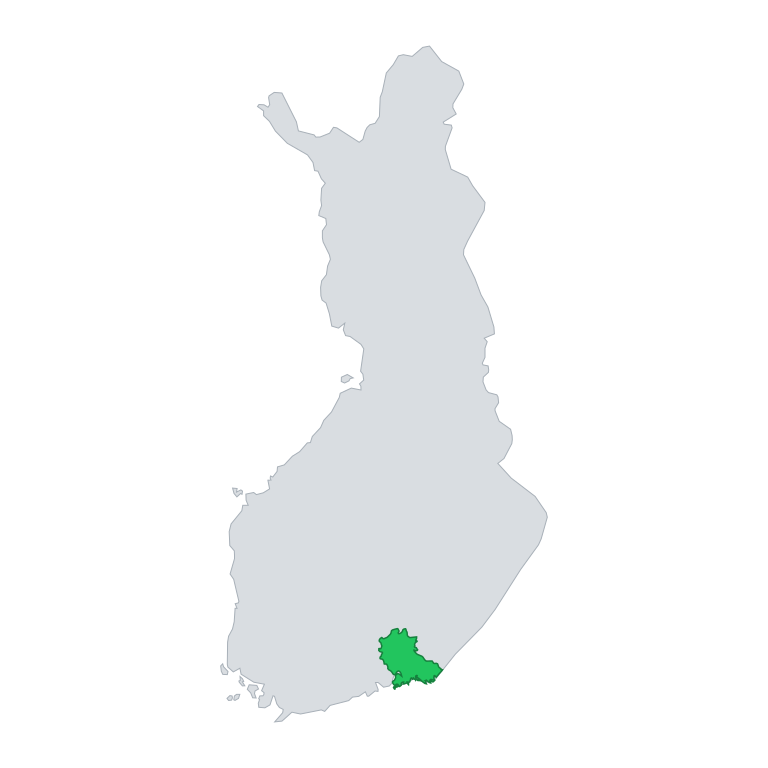 where Kymenlaakso sits in Finland
{"feature_id": "FIN-3187", "entity_name": "Kymenlaakso", "entity_type": "Province", "adm_level": 1, "iso_a3": "FIN", "parent_name": "Finland", "parent_adm1": "", "projection": "orthographic", "projection_center": [26.947, 60.833], "detail": "fine", "context": "in_parent", "style": "filled", "palette": "green", "viewbox_px": 768, "rotation_deg": 0, "n_neighbors": 0, "source": "natural_earth", "source_scale": "10m", "svg_char_len": 7433}
<svg xmlns="http://www.w3.org/2000/svg" viewBox="0 0 768 768"><path d="M331.8,326.1L329.4,313.8L326.1,303.1L322.1,300.1L320.9,295.9L320.6,287.4L321.7,280.8L326.4,274.7L327.6,266.1L330.4,259.3L329.4,254.8L323.1,241.9L322.4,237.8L322.4,230.8L326.5,224.7L325.8,218.5L318.8,215.6L319.3,211.8L321.6,205.6L320.9,200.1L321.6,188.3L325.3,183.2L321.4,178.8L318.0,171.2L314.6,170.6L313.0,162.5L307.5,154.9L287.3,143.3L275.4,131.1L269.5,121.4L263.6,115.7L263.6,110.9L257.5,106.5L259.0,104.5L264.0,104.8L268.0,107.2L269.7,104.7L268.6,97.6L269.1,95.8L274.2,92.4L281.9,93.0L296.4,121.8L298.4,130.9L314.1,134.9L315.8,137.1L320.1,137.0L329.6,133.2L333.5,127.3L336.9,127.9L359.2,142.3L362.9,139.4L365.2,131.1L367.1,127.5L369.8,124.8L375.1,123.3L379.4,116.6L380.2,97.3L382.3,91.8L386.3,73.0L393.3,64.6L398.4,55.9L403.3,54.7L412.2,56.4L422.7,47.4L429.5,46.1L441.7,61.6L458.8,71.1L463.8,84.0L461.8,89.3L453.0,103.9L452.8,107.7L456.2,114.0L443.2,122.1L444.2,124.2L451.3,125.1L452.1,127.9L445.4,146.3L445.3,149.6L451.1,169.2L467.7,177.1L472.6,185.7L485.0,202.4L484.2,210.5L467.6,241.1L463.8,249.5L463.5,254.8L474.8,278.2L481.1,295.0L487.9,307.0L493.9,327.0L494.4,333.9L484.2,338.2L487.2,341.7L485.0,348.2L485.0,357.3L482.3,363.2L483.0,364.9L488.1,365.9L488.7,369.9L488.4,372.4L483.3,377.1L483.0,381.9L486.1,389.9L488.5,392.6L496.8,394.8L498.0,396.9L498.6,402.7L495.0,408.7L495.1,410.9L499.2,421.3L510.6,429.3L512.1,435.6L512.3,439.8L511.8,443.6L504.0,458.5L497.8,463.4L511.2,478.1L535.1,496.4L546.2,512.6L547.3,517.2L541.2,538.8L538.5,544.8L520.7,569.4L495.1,609.5L481.8,627.2L455.4,654.1L435.9,678.5L425.0,683.3L416.5,678.1L412.2,679.4L408.2,683.0L394.5,686.8L394.0,682.9L396.9,672.5L395.7,672.7L393.2,677.6L391.9,683.2L389.3,686.0L383.6,687.2L378.1,682.5L375.5,682.5L378.1,689.4L378.0,691.4L375.0,691.0L368.7,696.2L367.3,696.2L365.4,691.8L358.7,696.4L352.5,697.1L348.7,700.6L330.1,705.4L324.7,711.4L321.3,709.9L300.5,714.0L291.9,712.2L282.0,721.1L274.7,721.9L282.7,712.7L283.2,709.4L279.4,707.5L276.8,703.9L274.5,696.3L273.0,695.8L270.0,704.9L264.9,707.8L258.8,707.3L258.3,703.2L259.6,699.5L258.7,698.8L259.8,695.9L263.0,695.8L263.9,694.4L264.0,692.6L261.6,690.7L264.4,684.2L253.8,682.2L241.1,674.2L239.9,668.2L233.3,671.9L227.9,667.1L227.3,664.3L227.6,642.2L228.6,636.2L232.5,629.0L234.2,621.8L235.1,608.3L237.0,608.4L235.2,603.7L238.3,602.9L238.9,601.4L233.7,579.3L230.1,574.0L234.5,558.7L234.5,555.2L234.3,550.8L229.8,545.6L229.2,531.6L231.1,523.9L241.8,510.8L242.8,505.3L248.2,505.3L246.1,500.2L245.9,494.1L253.7,492.5L256.4,494.6L263.3,492.8L269.6,488.9L267.9,480.2L271.0,480.1L270.2,478.1L270.5,476.0L272.8,477.0L277.1,471.4L277.5,466.9L284.3,464.9L292.4,456.2L299.6,451.7L307.3,442.9L310.4,442.6L312.3,436.5L320.6,427.6L323.8,420.3L331.5,412.0L339.3,397.4L340.2,393.3L351.3,388.1L361.0,390.0L360.9,386.2L359.5,383.9L363.7,380.1L362.9,374.2L360.6,371.2L363.8,348.9L361.0,344.4L350.1,336.5L345.6,335.6L343.3,329.8L344.8,323.1L338.5,328.1L331.8,326.1ZM249.2,684.8L256.8,685.4L258.5,689.0L255.0,691.0L254.5,693.7L256.1,698.0L252.7,697.8L250.7,692.9L247.3,689.3L249.2,684.8ZM348.9,380.9L344.6,383.0L341.3,381.5L341.4,377.2L347.3,374.5L353.2,377.9L350.2,378.6L348.9,380.9ZM237.1,488.5L236.5,492.1L240.9,489.9L242.5,491.1L242.0,494.3L240.6,493.5L236.9,496.9L234.0,493.4L232.6,488.1L237.1,488.5ZM228.0,671.5L227.3,674.6L222.8,674.4L221.3,671.2L220.7,665.9L222.7,663.8L223.5,666.7L228.0,671.5ZM244.8,685.8L242.4,685.9L239.3,682.3L238.9,681.0L240.3,680.4L240.0,676.5L242.5,678.8L243.7,681.4L242.3,681.8L244.8,685.8ZM238.5,698.4L235.0,700.4L233.8,699.8L234.4,696.0L236.5,694.4L239.8,694.4L238.5,698.4ZM231.6,700.1L228.6,700.5L227.0,698.4L229.9,695.6L232.1,696.0L232.4,697.9L231.6,700.1Z" fill="#d9dde1" stroke="#a8b0b8" stroke-width="1"/><path d="M442.5,669.8L441.8,670.8L439.0,673.9L436.2,677.3L435.7,676.7L435.2,676.0L434.7,675.6L434.0,676.0L434.3,676.7L434.4,676.9L433.9,677.2L433.8,678.0L434.1,678.9L434.5,679.6L434.0,680.0L433.8,680.1L434.3,680.5L434.5,680.5L433.4,681.7L432.9,681.9L430.7,681.5L431.0,680.7L432.0,680.2L432.5,679.7L431.1,679.4L430.5,679.5L430.0,680.1L429.7,681.0L429.8,681.5L430.1,682.0L430.5,682.9L429.2,682.5L426.4,680.1L425.3,680.6L425.6,680.7L425.7,680.9L426.0,681.5L425.8,681.7L425.5,682.2L425.3,682.5L425.7,682.7L426.0,683.0L426.2,683.3L426.4,683.8L424.8,683.4L421.9,681.2L420.4,680.6L417.9,680.5L417.4,680.2L417.3,679.3L418.2,679.1L419.9,679.3L419.1,678.6L416.7,677.1L417.2,675.7L416.8,675.4L416.0,675.7L415.6,676.6L415.8,677.6L416.2,678.6L416.3,679.5L415.6,680.2L415.5,679.4L415.3,679.1L414.7,679.3L414.3,679.1L413.8,678.2L413.5,677.9L413.2,678.1L412.9,679.1L412.7,679.3L412.4,679.1L411.8,678.2L411.5,677.9L411.2,678.0L410.9,678.3L410.6,678.7L410.5,679.1L410.7,679.7L410.4,680.1L410.1,680.4L409.7,681.9L409.0,682.2L407.5,682.0L408.3,683.1L408.6,683.8L408.5,684.6L408.3,684.4L407.3,683.3L407.0,682.8L404.0,683.9L403.0,683.9L403.2,683.5L403.4,683.0L403.7,682.0L403.1,682.0L402.4,682.2L401.8,682.6L401.3,683.2L401.2,683.7L401.2,684.8L401.2,685.3L400.9,685.5L400.2,686.0L399.9,686.4L399.5,686.5L398.9,685.8L398.3,684.9L397.8,684.3L397.2,684.2L396.4,684.2L395.9,684.5L395.8,685.2L395.1,685.5L394.2,685.0L393.4,684.1L392.8,683.1L392.5,681.9L393.1,681.1L393.9,680.6L394.6,680.0L395.5,678.1L395.6,677.7L395.5,676.2L395.6,675.6L396.0,674.9L397.5,673.7L398.9,673.9L401.7,676.1L401.0,673.5L399.9,671.7L398.6,670.9L397.2,671.5L396.4,672.5L395.1,674.9L394.8,674.7L393.4,674.4L392.6,673.3L391.8,672.0L390.7,670.9L388.5,669.6L387.8,668.4L387.9,667.5L387.8,666.5L387.6,666.1L387.0,664.7L386.6,664.2L386.0,664.0L384.9,664.1L384.2,663.9L384.0,662.3L383.6,660.9L383.1,659.9L382.3,659.2L380.3,658.8L380.0,658.3L380.1,657.4L380.4,656.7L380.9,656.4L381.1,656.4L381.3,655.8L381.3,655.2L381.7,654.3L382.2,653.4L382.5,652.9L382.1,652.2L379.9,651.6L378.8,650.5L378.9,648.6L379.2,648.5L380.5,648.8L381.0,648.5L381.2,648.0L381.9,645.9L381.7,645.4L381.5,645.1L381.3,644.5L381.2,643.7L381.0,643.1L380.6,642.5L380.2,642.1L379.7,641.7L379.4,641.5L379.2,640.4L379.5,639.5L380.3,638.4L381.8,637.5L382.9,638.5L383.9,638.7L387.2,637.3L390.3,634.3L391.0,633.0L391.5,630.7L391.9,630.4L392.6,629.9L394.2,629.4L397.3,628.6L398.0,628.9L398.3,629.5L398.6,630.2L398.9,630.6L399.0,631.2L398.3,632.7L398.2,632.9L398.5,633.6L399.0,633.7L400.1,633.4L401.2,632.7L402.1,631.8L402.4,631.3L402.8,630.0L403.2,629.5L403.8,629.1L404.5,628.9L405.6,628.8L406.0,629.6L406.1,630.4L406.4,631.1L406.8,631.7L407.1,632.6L407.2,633.7L407.2,634.2L407.3,635.0L407.4,635.4L407.9,636.3L409.8,637.6L416.6,636.9L416.6,638.1L416.4,638.9L415.8,640.1L415.8,640.7L416.1,640.6L416.5,640.7L416.7,640.9L417.1,641.2L416.8,641.7L416.3,641.9L415.2,642.9L414.6,644.2L414.7,645.1L414.9,645.9L414.4,646.8L414.6,647.1L414.8,647.3L415.9,647.5L416.3,647.7L416.7,648.3L416.9,648.8L417.2,649.3L417.6,649.6L417.5,650.2L417.0,650.6L416.0,650.8L415.0,650.5L414.5,650.2L414.0,650.1L414.0,650.5L414.4,651.3L416.6,653.8L417.7,654.5L421.8,656.2L422.9,657.1L424.5,659.5L425.4,660.5L426.4,661.1L432.1,661.0L433.1,662.4L433.5,663.2L434.7,663.5L436.2,663.3L437.5,663.8L437.8,664.4L438.4,666.2L438.7,666.9L439.2,667.5L440.9,668.7L441.1,669.1L441.0,669.3L440.9,669.4L440.9,669.5L441.0,669.6L441.7,669.7L442.0,669.7L442.5,669.8L442.5,669.8ZM396.7,684.6L398.1,685.6L398.3,685.9L398.2,686.3L397.8,686.7L395.7,687.3L395.2,687.9L394.9,689.1L394.6,689.1L394.2,688.7L393.5,687.4L393.8,686.9L395.3,686.6L395.8,686.2L396.0,685.9L396.0,685.4L396.1,685.0L396.4,684.6L396.7,684.6Z" fill="#22c55e" stroke="#15803d" stroke-width="1.5"/></svg>